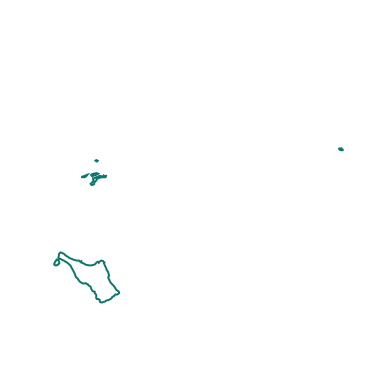 Motalava, Torba, Vanuatu (Albers equal-area conic projection), rotated 67°
{"feature_id": "77236927B68296465422624", "entity_name": "Motalava", "entity_type": "district", "adm_level": 2, "iso_a3": "VUT", "parent_name": "Vanuatu", "parent_adm1": "Torba", "projection": "albers", "projection_center": [167.627, -13.483], "detail": "fine", "context": "isolated", "style": "outline", "palette": "teal", "viewbox_px": 384, "rotation_deg": 67, "n_neighbors": 0, "source": "geoboundaries", "source_scale": "gbopen_adm2", "svg_char_len": 3635}
<svg xmlns="http://www.w3.org/2000/svg" viewBox="0 0 384 384"><g transform="rotate(67 192 192)"><path d="M197.2,338.7L198.5,339.4L199.8,340.4L200.6,340.3L201.6,339.9L202.6,338.9L203.7,338.1L204.9,336.9L206.5,335.8L208.1,334.6L210.0,333.6L211.1,333.1L212.0,332.7L218.9,332.0L222.1,331.9L224.1,332.0L225.3,332.0L226.6,331.2L228.1,330.9L230.5,330.4L233.3,328.5L234.0,327.2L234.5,325.3L235.2,325.0L236.2,323.9L237.3,323.9L238.3,323.2L239.4,322.4L240.2,322.4L241.7,322.6L243.5,322.4L244.9,321.8L245.8,320.5L246.8,321.0L247.8,320.9L248.7,320.4L249.7,320.5L250.9,321.0L252.0,321.6L253.3,321.4L253.9,320.1L255.1,319.2L255.6,319.4L257.2,319.6L258.1,319.0L258.6,317.6L258.8,314.6L258.5,313.6L258.6,312.3L258.8,311.1L258.8,310.1L258.6,308.4L258.4,307.6L257.5,306.4L257.4,305.8L257.3,304.3L256.6,303.3L256.4,302.7L257.1,301.2L256.9,299.2L256.3,298.4L255.2,298.3L253.5,299.2L252.6,299.9L250.6,300.2L250.1,300.2L250.1,300.3L248.4,300.5L247.0,301.0L245.5,301.6L244.0,302.2L242.3,302.4L240.1,302.5L239.1,302.6L237.6,302.4L237.1,301.6L236.4,300.9L234.7,300.9L233.7,300.5L231.9,300.6L230.1,301.0L228.4,300.8L226.4,300.9L225.4,301.0L224.5,300.9L223.8,300.8L223.2,300.9L222.5,300.1L221.5,300.8L220.6,301.0L219.8,302.2L219.8,304.3L220.8,305.5L219.5,306.2L219.6,307.5L220.7,309.5L220.6,310.6L220.5,312.0L219.9,314.4L218.3,316.9L217.7,317.8L217.0,318.5L216.0,319.3L215.1,319.9L213.6,321.5L213.1,321.2L212.5,321.0L212.6,322.0L212.2,322.4L211.5,322.5L210.8,323.0L210.6,323.6L210.4,324.4L208.8,326.6L208.4,327.0L207.7,327.8L206.4,329.0L206.2,329.3L205.4,330.1L204.5,330.9L203.3,331.5L202.8,331.7L202.3,332.3L201.5,332.8L201.1,333.1L200.4,333.4L199.7,333.7L199.2,333.8L198.9,334.0L198.1,334.7L196.3,336.5L196.6,337.8L197.2,338.7ZM141.0,274.0L141.3,274.7L141.1,276.0L141.4,278.0L142.8,278.3L143.4,278.6L144.4,280.7L144.9,282.1L145.7,282.0L146.5,281.4L146.6,280.4L146.6,279.1L144.9,277.9L144.5,277.1L144.0,275.6L143.1,274.7L142.3,273.2L141.0,274.0ZM202.4,344.8L202.6,345.1L202.8,345.4L202.9,345.5L203.7,346.2L204.0,346.5L204.2,346.8L204.6,347.1L205.0,347.2L205.3,347.1L205.5,346.9L205.7,346.7L205.9,346.5L206.1,346.3L206.4,346.1L206.5,345.8L206.5,345.5L206.5,345.2L206.6,344.8L206.6,344.6L206.5,344.2L206.6,343.9L206.5,343.7L206.3,343.4L206.2,343.2L206.1,342.9L206.1,342.5L205.9,342.2L205.7,342.0L205.4,341.8L205.1,341.7L204.7,341.7L204.3,341.6L203.9,341.7L203.4,341.7L203.0,341.7L202.8,341.6L202.6,341.5L202.4,341.4L202.1,341.5L201.8,341.8L201.6,342.0L201.4,342.4L201.2,342.8L201.2,343.0L201.4,343.1L201.7,343.3L201.9,343.5L202.1,343.8L202.2,344.3L202.4,344.8ZM136.9,278.2L138.8,277.6L138.4,277.3L138.4,276.3L138.7,275.4L138.8,274.1L138.6,273.2L138.6,272.0L138.4,271.3L137.3,272.6L137.0,274.1L136.7,275.9L136.6,277.4L136.9,278.2ZM143.6,264.9L143.3,266.2L142.3,266.9L142.9,267.7L142.8,268.1L141.8,269.7L140.8,271.0L141.2,272.1L142.8,272.2L142.7,271.5L143.0,270.0L143.5,268.6L144.0,267.4L144.5,266.2L144.4,265.5L143.6,264.9ZM135.1,282.6L135.3,283.6L135.1,286.1L135.0,287.2L135.4,287.4L135.6,286.9L136.5,285.0L136.3,284.2L136.1,283.4L135.7,282.4L135.2,281.5L135.1,282.6ZM210.8,37.4L210.7,37.4L210.3,37.3L210.2,37.3L210.1,37.5L210.1,37.9L210.1,38.0L210.1,38.3L209.9,38.5L209.7,38.7L209.6,38.9L209.5,39.1L209.6,39.3L209.6,39.5L209.8,39.8L210.1,39.8L210.2,39.7L210.4,39.5L210.5,39.4L210.8,39.4L211.0,39.2L211.2,38.9L211.4,38.9L211.5,38.7L211.8,38.4L211.8,38.2L212.0,38.1L212.2,37.8L212.2,37.7L211.9,37.5L211.8,37.4L211.7,37.3L211.7,37.1L211.6,36.9L211.5,37.0L211.4,37.1L211.5,37.1L211.4,37.2L211.2,37.3L210.9,37.4L210.8,37.4ZM125.2,267.7L125.5,268.6L126.7,267.8L126.8,267.2L126.4,266.6L125.6,267.3L125.2,267.7Z" fill="none" stroke="#0f766e" stroke-width="2"/></g></svg>